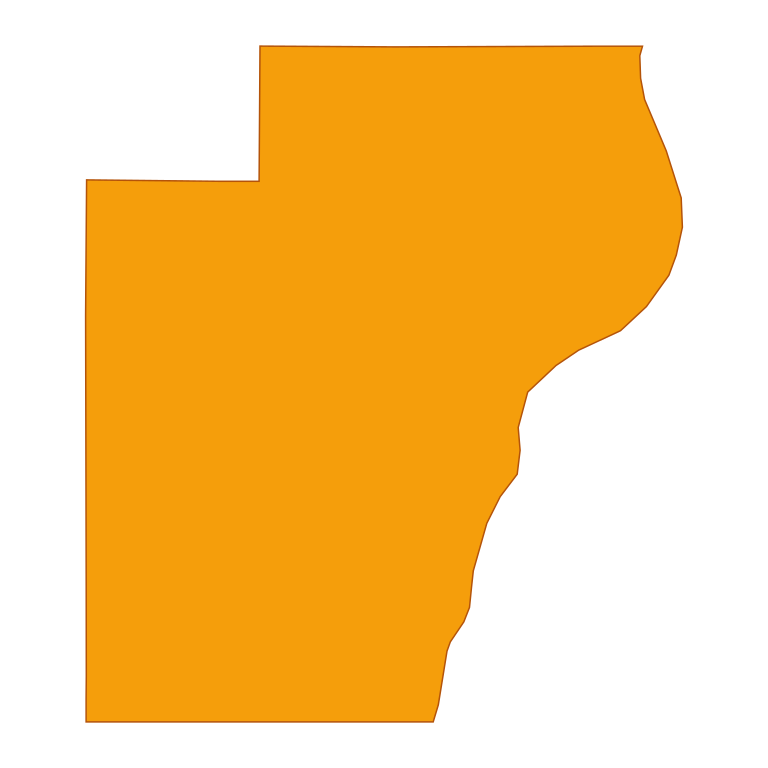 Manitowoc, Wisconsin, United States of America (Albers equal-area conic projection)
{"feature_id": "52423323B20769753681937", "entity_name": "Manitowoc", "entity_type": "district", "adm_level": 2, "iso_a3": "USA", "parent_name": "United States of America", "parent_adm1": "Wisconsin", "projection": "albers", "projection_center": [-87.714, 44.11], "detail": "fine", "context": "isolated", "style": "filled", "palette": "amber", "viewbox_px": 768, "rotation_deg": 0, "n_neighbors": 0, "source": "geoboundaries", "source_scale": "gbopen_adm2", "svg_char_len": 610}
<svg xmlns="http://www.w3.org/2000/svg" viewBox="0 0 768 768"><path d="M394.9,46.9L260.0,46.1L259.1,181.3L219.4,181.3L86.6,179.9L85.6,315.7L86.2,586.2L86.3,676.2L86.1,698.9L86.1,721.9L433.2,721.9L438.3,704.9L447.0,651.1L450.3,641.9L463.8,621.9L469.5,607.4L471.6,586.4L473.3,570.8L486.8,523.3L500.2,496.6L517.2,474.2L520.1,450.3L518.2,427.5L527.7,392.1L556.1,365.4L557.2,364.7L578.6,350.2L620.5,330.7L646.4,306.6L668.9,275.2L676.3,255.1L682.4,227.2L681.2,197.9L675.9,181.3L666.3,151.0L644.6,99.5L640.6,78.3L639.8,55.7L642.5,46.2L597.6,46.2L394.9,46.9Z" fill="#f59e0b" stroke="#b45309" stroke-width="1.5"/></svg>